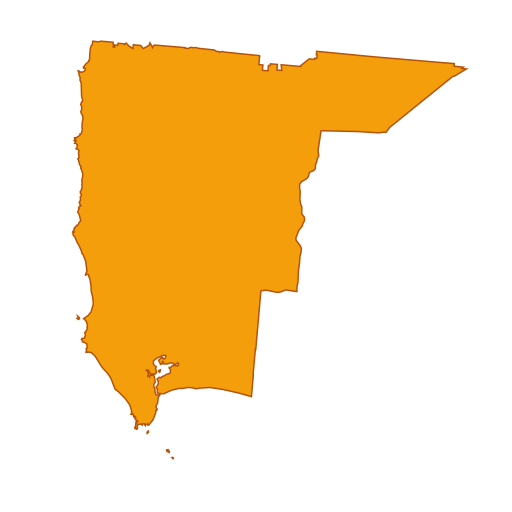 the district of Augusta Margaret River, Western Australia, Australia, rotated 5°
{"feature_id": "25037944B11828737752872", "entity_name": "Augusta Margaret River", "entity_type": "district", "adm_level": 2, "iso_a3": "AUS", "parent_name": "Australia", "parent_adm1": "Western Australia", "projection": "natural_earth1", "projection_center": [115.105, -34.115], "detail": "fine", "context": "isolated", "style": "filled", "palette": "amber", "viewbox_px": 512, "rotation_deg": 5, "n_neighbors": 0, "source": "geoboundaries", "source_scale": "gbopen_adm2", "svg_char_len": 5900}
<svg xmlns="http://www.w3.org/2000/svg" viewBox="0 0 512 512"><g transform="rotate(5 256 256)"><path d="M74.7,56.2L74.5,59.6L73.4,61.1L72.8,64.4L73.0,75.3L72.3,75.8L72.7,76.5L69.9,79.3L68.7,81.1L68.1,82.7L67.5,82.9L67.9,83.9L68.9,83.6L69.4,84.0L69.6,85.8L68.3,87.4L65.5,88.3L63.8,87.2L62.7,87.1L63.6,88.8L63.9,91.0L65.4,93.9L65.3,96.0L66.8,99.1L68.3,111.9L69.7,115.9L69.3,117.8L68.9,117.8L68.1,120.4L69.2,121.9L69.3,123.6L69.7,124.6L68.9,127.4L69.3,128.8L71.0,131.1L71.7,134.3L71.3,137.6L71.4,142.7L72.0,146.0L71.4,147.7L71.6,148.6L70.8,149.7L69.9,149.9L70.2,150.6L69.8,151.3L67.8,152.9L66.5,153.8L64.9,154.0L65.3,155.1L65.9,155.4L65.3,156.1L66.2,155.9L66.6,156.5L66.6,156.9L65.5,157.3L66.3,158.0L65.6,159.5L66.9,159.5L68.5,160.8L68.2,161.3L68.3,163.3L67.4,164.9L69.7,165.5L70.5,166.7L70.2,169.1L71.2,173.2L70.0,174.7L71.0,176.3L72.4,180.6L74.1,182.3L73.6,183.7L74.3,184.5L76.0,188.5L76.5,191.1L75.9,195.6L76.4,198.4L76.3,200.3L76.9,203.4L76.2,204.5L76.3,205.8L75.3,207.4L75.6,207.8L75.6,208.9L76.4,209.5L76.7,210.9L76.3,212.0L75.8,212.4L76.3,215.7L75.2,218.0L75.9,218.5L75.9,219.6L77.2,221.1L76.7,221.7L76.0,221.7L75.2,222.9L75.0,223.6L75.6,224.3L74.5,227.8L76.2,230.0L78.4,236.4L77.2,237.4L76.0,240.6L75.3,241.2L74.7,241.0L73.7,242.8L72.6,243.6L72.5,244.0L73.0,244.4L72.2,246.1L72.4,247.2L71.3,247.6L71.2,248.1L72.5,248.3L71.7,249.0L71.7,250.2L72.6,251.7L73.9,252.8L77.0,258.7L78.3,260.2L81.5,265.9L82.4,268.6L83.8,270.0L86.8,276.0L89.0,286.3L88.3,287.5L88.5,288.8L87.9,288.9L87.8,289.8L89.9,289.0L91.1,289.5L91.1,290.6L92.7,293.8L94.3,300.3L94.8,304.9L96.8,311.0L97.9,316.2L98.0,318.9L96.5,326.2L93.9,330.0L89.7,333.4L92.0,335.2L93.0,336.7L94.0,339.4L94.1,340.7L93.8,341.6L94.3,342.2L94.4,343.3L93.3,345.0L93.5,345.7L93.1,346.5L92.1,347.0L92.9,349.7L92.4,352.3L92.0,353.1L90.2,353.0L89.3,354.1L90.5,355.6L90.6,356.7L91.8,356.7L95.1,358.3L95.9,362.0L94.9,363.1L95.4,363.5L95.1,366.1L95.5,365.7L95.6,366.6L96.0,366.8L97.1,366.3L100.2,366.5L104.3,369.5L111.3,379.0L114.1,382.0L118.0,385.3L122.1,390.4L127.2,400.9L131.1,403.4L137.9,409.2L142.4,414.3L144.1,417.2L145.5,421.2L145.7,423.7L145.2,424.5L145.8,424.6L146.3,423.7L146.7,423.8L147.1,424.7L147.4,424.5L148.1,426.5L148.4,426.0L149.4,426.3L149.5,428.0L150.1,427.4L150.7,430.1L152.4,430.5L152.5,431.4L151.5,431.5L150.8,432.1L150.9,432.8L151.5,432.9L150.9,433.9L150.7,437.0L150.1,437.4L150.4,438.3L151.0,438.6L151.4,438.3L152.1,439.0L152.7,438.6L153.0,437.7L152.6,436.0L152.8,434.3L156.0,433.4L156.7,433.8L157.0,433.5L157.4,434.3L158.0,433.1L159.1,432.8L160.4,434.5L160.6,433.1L162.1,433.5L162.7,432.6L163.2,433.9L164.0,433.7L167.7,428.2L169.5,421.9L169.8,420.2L169.6,419.0L170.5,418.5L170.8,417.7L170.9,417.1L170.1,416.5L169.4,413.9L170.7,411.6L171.0,405.8L171.2,404.6L172.4,402.9L172.4,402.1L172.0,401.8L171.8,402.7L171.3,403.0L169.3,403.1L168.6,403.0L167.8,402.0L167.7,401.0L167.0,399.5L167.2,398.2L165.4,394.5L165.6,392.4L166.6,390.4L165.2,385.0L164.2,383.8L162.4,383.8L161.9,384.2L161.1,383.9L160.6,384.5L160.6,385.6L159.9,384.6L158.8,385.4L158.7,384.5L159.4,383.2L159.3,382.7L158.5,381.8L157.9,379.9L157.0,379.9L156.6,379.6L156.8,379.2L156.2,379.1L158.7,379.0L160.4,381.8L161.7,382.6L162.8,382.9L164.0,382.2L164.9,382.9L165.4,382.8L165.9,381.7L167.0,381.1L166.3,377.9L165.6,376.7L166.3,375.4L166.1,374.9L164.5,374.1L163.1,372.3L163.0,369.4L165.7,366.7L172.2,363.0L174.8,362.9L175.0,363.7L174.2,366.1L173.2,366.6L172.1,366.1L172.0,365.4L171.0,365.3L168.1,368.3L170.3,372.3L170.8,372.2L172.1,370.8L172.3,369.6L171.5,368.9L172.8,369.4L172.2,371.1L172.8,371.6L177.2,371.2L180.4,369.9L182.6,369.9L182.8,370.6L183.8,371.1L186.5,370.3L187.3,369.1L188.5,371.0L187.3,372.4L184.2,372.2L181.9,372.8L180.9,374.5L179.2,374.5L179.3,375.2L180.7,376.7L180.8,379.5L180.1,380.6L177.0,381.7L175.4,383.1L172.8,384.4L171.7,385.7L170.1,385.3L168.1,387.3L169.6,389.6L169.8,392.2L167.9,395.6L169.5,397.2L169.4,399.2L169.7,400.9L170.2,401.3L175.8,401.4L183.7,397.0L190.9,394.6L194.3,394.3L199.8,392.9L204.2,392.8L207.8,393.5L210.9,392.6L221.6,391.0L234.4,391.8L250.8,394.0L263.7,396.5L263.7,374.7L263.4,372.4L263.5,348.6L263.9,348.8L263.9,290.3L269.2,289.1L280.1,290.4L283.0,289.9L288.7,287.2L299.8,287.9L299.5,282.3L300.1,278.9L299.6,267.2L300.0,258.7L299.8,252.3L300.5,249.0L300.5,244.5L299.2,241.9L294.7,237.0L294.1,234.8L296.3,227.0L299.5,221.9L300.1,219.0L301.1,217.1L301.2,214.8L300.6,212.9L298.3,210.6L297.8,209.3L297.4,203.3L296.0,200.5L294.8,196.0L294.4,187.8L293.4,184.1L293.3,180.8L294.0,179.2L294.9,178.1L300.0,174.3L301.3,172.2L301.7,169.2L302.6,167.6L306.1,165.8L307.4,163.9L307.4,159.4L308.2,157.5L308.5,154.2L309.8,150.6L308.6,145.7L309.9,125.5L347.5,123.1L368.0,122.6L371.6,121.6L374.8,121.4L378.1,116.1L436.4,59.9L438.2,59.4L449.3,51.3L444.6,51.3L446.1,49.8L436.8,49.7L436.8,47.1L355.7,47.3L298.6,46.8L298.6,50.3L299.4,50.3L299.4,53.8L297.3,53.8L297.3,55.0L291.8,55.0L283.9,62.5L284.0,63.3L264.4,63.3L265.5,68.9L260.6,68.9L260.6,63.3L253.7,63.3L253.4,65.1L251.8,65.1L251.8,70.5L246.2,70.5L246.2,65.1L242.2,65.1L242.1,58.0L242.4,57.0L242.1,56.1L206.1,55.6L204.5,55.2L202.1,56.2L201.6,55.6L198.8,55.6L196.6,54.4L180.3,54.1L178.1,53.5L175.9,54.0L173.2,53.7L170.4,55.1L168.6,55.3L167.2,54.5L167.0,55.0L165.6,54.6L136.6,54.7L135.4,55.9L134.9,57.4L131.8,52.9L131.2,55.3L125.7,59.2L122.7,56.3L115.4,56.3L115.3,60.0L111.2,58.0L108.1,55.2L106.9,56.5L106.9,56.1L100.0,56.1L100.0,58.1L96.8,58.1L97.1,60.2L95.7,60.4L95.1,55.5L82.5,55.5L80.9,56.4L74.7,56.2ZM185.8,457.6L186.0,457.2L185.2,456.5L183.8,457.0L183.9,457.9L184.7,458.5L186.0,459.0L186.3,458.7L186.7,459.1L186.8,458.5L185.8,457.6ZM83.1,333.7L84.6,334.7L85.6,333.9L85.5,332.9L83.7,331.6L84.3,332.9L83.1,333.7ZM168.8,379.5L170.1,380.2L170.7,378.9L170.7,377.7L169.2,378.5L168.8,379.5ZM163.1,442.2L164.2,441.0L164.1,439.1L163.8,440.2L162.8,441.1L163.1,442.2ZM190.0,464.1L190.5,464.3L190.6,465.0L191.1,465.2L191.4,464.6L190.6,463.8L190.0,464.1Z" fill="#f59e0b" stroke="#b45309" stroke-width="1.5"/></g></svg>